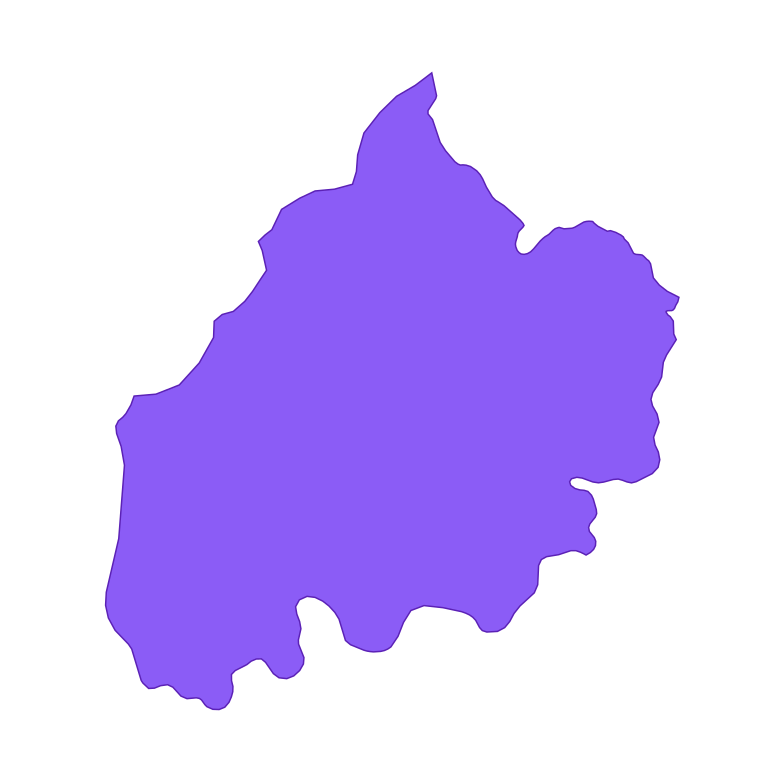 the border of Jammu and Kashmir, rotated 263°
{"feature_id": "IND-2431", "entity_name": "Jammu and Kashmir", "entity_type": "Union Territory", "adm_level": 1, "iso_a3": "IND", "parent_name": "India", "parent_adm1": "", "projection": "mercator", "projection_center": [75.016, 33.537], "detail": "fine", "context": "isolated", "style": "filled", "palette": "violet", "viewbox_px": 768, "rotation_deg": 263, "n_neighbors": 0, "source": "natural_earth", "source_scale": "10m", "svg_char_len": 3417}
<svg xmlns="http://www.w3.org/2000/svg" viewBox="0 0 768 768"><g transform="rotate(263 384 384)"><path d="M275.2,648.5L267.9,645.9L262.4,639.4L256.3,622.4L255.7,617.6L257.2,613.2L259.4,609.0L261.1,604.9L261.3,600.0L259.9,590.1L259.8,584.8L261.3,579.4L266.5,569.2L267.9,564.0L267.1,558.5L264.3,556.3L260.6,557.0L257.0,560.8L255.0,565.5L254.1,569.7L252.5,573.3L248.3,576.4L244.3,577.7L233.5,579.4L229.4,579.3L226.0,577.4L220.1,571.3L216.7,569.6L212.6,569.9L206.0,574.0L202.1,575.0L197.8,574.2L194.3,571.9L191.6,568.3L189.6,563.7L191.6,560.9L191.8,560.5L193.0,558.7L195.2,554.2L195.8,549.1L193.3,536.6L192.8,524.3L190.6,518.8L185.0,515.3L166.0,512.1L158.4,507.7L147.1,491.9L140.4,485.1L133.0,479.9L127.5,474.1L124.6,466.5L125.3,455.8L127.3,451.5L130.6,449.2L138.3,446.2L141.7,443.7L144.4,440.7L146.6,437.2L148.6,433.2L154.8,415.3L159.2,396.7L155.9,383.1L145.0,374.3L131.9,367.2L122.2,358.8L120.5,355.5L119.4,351.9L119.0,348.1L119.4,340.9L120.1,337.7L121.0,334.6L122.2,331.7L129.3,319.0L134.1,314.5L156.1,310.7L163.3,307.4L170.4,302.3L176.0,296.7L180.6,289.6L182.6,281.7L180.1,273.7L173.7,269.1L166.3,269.4L158.5,271.3L151.2,271.7L140.3,267.8L136.2,267.5L122.2,271.2L115.9,269.9L109.9,265.4L105.3,258.9L103.4,251.6L105.2,244.0L110.0,238.9L122.2,232.5L126.1,228.8L126.6,223.7L125.1,218.4L122.2,213.7L117.7,201.4L114.3,197.2L108.1,196.5L102.3,197.2L97.0,196.4L92.1,194.4L87.0,191.4L82.6,186.6L81.0,180.7L82.0,174.4L85.3,168.9L87.5,167.2L92.6,164.4L94.4,162.5L95.4,159.5L95.7,150.1L99.0,144.4L108.8,137.5L111.9,132.6L111.8,125.5L110.1,119.1L110.5,113.3L116.5,108.3L119.3,106.9L151.7,101.3L157.0,98.6L172.3,87.1L185.4,81.9L198.3,80.7L211.2,83.0L262.9,101.9L335.0,116.5L354.1,115.5L367.4,112.6L374.9,112.7L377.3,114.3L379.8,115.9L382.8,120.6L386.1,124.3L394.1,130.3L402.5,134.5L401.7,156.4L408.0,180.7L427.4,203.2L450.9,220.5L467.0,223.1L472.7,231.9L474.4,243.3L483.0,255.9L491.8,264.7L502.4,273.7L511.2,281.3L531.3,279.4L540.8,276.7L546.3,284.0L550.8,291.5L569.8,303.6L578.7,323.0L584.0,339.1L583.4,358.5L586.1,377.1L598.2,382.5L614.7,385.8L635.6,394.7L653.9,413.0L668.0,431.5L676.6,451.4L687.0,469.3L663.7,471.3L660.9,470.1L650.0,461.0L646.7,460.6L640.5,464.4L616.9,469.2L608.0,473.5L596.0,481.4L593.3,484.2L592.0,486.5L591.9,489.0L591.2,492.2L589.3,496.4L584.3,502.0L579.9,505.0L575.6,506.9L567.0,509.6L556.4,514.3L552.5,517.3L551.2,519.1L546.3,524.9L530.2,539.1L526.5,541.5L524.3,542.3L522.7,541.0L519.4,536.9L517.7,535.5L516.0,534.8L514.1,534.3L509.1,532.1L506.9,531.5L504.3,531.5L500.3,532.5L497.9,534.1L496.3,536.0L495.6,538.9L495.9,542.2L497.3,545.6L499.9,549.0L506.9,556.5L509.1,559.5L510.6,561.9L511.5,564.0L512.6,566.2L516.0,570.6L517.3,572.8L517.9,575.4L518.1,576.9L516.1,581.6L515.7,589.8L516.4,592.6L520.4,602.1L520.7,604.7L520.6,607.3L520.0,610.5L519.5,611.2L518.0,612.2L514.5,615.5L508.4,624.3L508.6,627.5L506.2,632.6L504.6,634.9L502.9,637.4L500.8,639.5L498.6,640.2L494.4,643.5L483.3,647.6L482.0,649.7L481.1,654.2L480.5,656.0L479.2,657.3L475.6,660.1L474.1,661.7L470.9,663.2L456.5,664.3L448.6,669.3L441.4,676.5L434.1,687.3L429.7,685.6L428.3,684.5L426.4,683.1L423.7,681.6L422.3,680.1L421.8,678.6L422.2,674.5L421.7,672.9L420.7,672.8L417.8,674.3L416.0,676.3L411.2,678.8L398.3,677.7L392.4,679.5L378.4,668.0L371.5,663.9L357.1,660.4L350.2,656.1L342.6,649.7L336.2,647.1L329.5,647.9L320.9,651.4L312.4,652.3L298.3,645.1L290.4,645.6L283.1,648.0L275.2,648.5Z" fill="#8b5cf6" stroke="#5b21b6" stroke-width="1.5"/></g></svg>